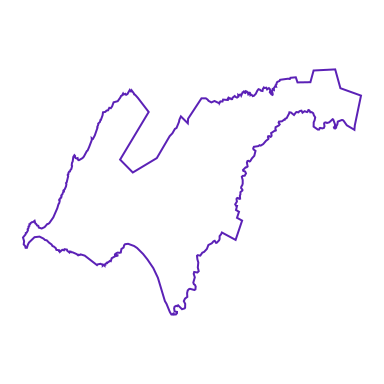 outline of Bahía de Banderas, Nayarit, Mexico
{"feature_id": "50627088B73050427186978", "entity_name": "Bahía de Banderas", "entity_type": "district", "adm_level": 2, "iso_a3": "MEX", "parent_name": "Mexico", "parent_adm1": "Nayarit", "projection": "equal_earth", "projection_center": [-105.326, 20.829], "detail": "fine", "context": "isolated", "style": "outline", "palette": "violet", "viewbox_px": 384, "rotation_deg": 0, "n_neighbors": 0, "source": "geoboundaries", "source_scale": "gbopen_adm2", "svg_char_len": 5892}
<svg xmlns="http://www.w3.org/2000/svg" viewBox="0 0 384 384"><path d="M285.2,118.7L286.6,118.2L289.1,113.5L289.4,112.3L290.9,112.5L294.0,115.0L296.0,112.3L296.7,112.0L298.4,112.4L299.5,111.2L301.1,110.7L301.5,110.7L302.5,112.7L304.6,111.2L307.1,112.1L307.8,111.5L308.3,110.1L308.7,110.0L309.6,110.7L310.3,112.3L311.6,112.1L313.2,113.2L313.9,115.3L315.2,117.4L314.6,120.3L313.7,122.3L313.6,126.6L317.9,129.6L319.2,129.5L319.7,128.1L320.2,127.9L322.4,128.4L323.9,127.9L324.5,126.3L324.1,123.7L324.5,122.7L325.8,122.4L327.0,123.0L329.3,122.3L332.6,119.2L333.2,119.5L335.0,124.4L334.9,126.6L333.9,127.3L334.3,128.3L335.2,128.5L336.1,127.7L336.3,126.2L337.3,124.5L337.8,121.6L341.8,120.0L342.8,120.1L343.7,120.9L346.8,125.3L354.4,129.8L354.8,125.4L361.0,95.6L340.4,88.2L335.2,69.4L313.6,70.5L310.4,82.2L297.5,82.4L295.8,77.3L290.4,77.8L290.1,78.8L289.5,79.0L288.1,78.7L280.1,79.8L279.5,81.0L277.3,81.9L276.5,83.4L276.5,84.3L275.6,85.2L276.1,86.7L275.0,86.6L273.8,88.2L273.9,89.9L272.6,89.2L272.1,91.2L272.4,92.6L272.0,92.5L272.7,94.6L272.5,94.9L271.5,94.4L269.8,92.2L270.3,90.7L269.8,89.0L268.9,88.1L267.1,89.4L266.3,87.7L264.1,88.1L263.8,87.6L262.9,88.9L262.5,91.0L261.1,90.8L259.8,89.6L258.5,89.2L257.3,90.7L255.8,93.8L253.9,95.8L252.7,96.1L252.4,95.4L251.3,94.8L250.4,95.2L250.4,93.9L249.9,92.8L249.4,92.7L248.9,94.0L248.3,94.4L247.8,92.5L246.9,91.6L246.1,91.3L246.1,91.9L245.4,93.0L244.6,92.7L244.8,91.6L243.8,91.4L243.3,92.3L242.6,92.3L241.2,95.6L240.7,94.5L239.3,94.8L238.9,95.6L238.2,95.0L238.2,96.8L237.0,97.6L235.4,96.8L234.7,96.0L232.6,97.7L232.2,99.1L231.3,99.2L230.4,98.4L229.5,98.7L229.2,98.0L228.5,97.6L227.7,99.0L228.2,99.1L227.9,100.0L223.1,99.6L222.5,101.5L220.4,101.4L219.5,103.0L219.4,102.4L218.7,103.0L214.5,101.0L211.4,102.4L208.5,100.8L207.6,99.6L205.8,98.3L201.5,98.3L188.1,118.7L187.8,123.3L180.9,116.4L179.4,119.7L179.0,121.9L176.5,128.0L174.9,128.9L172.4,133.3L169.7,136.1L156.8,158.1L132.8,172.5L120.1,159.6L148.7,112.0L137.8,97.8L135.3,95.0L134.2,94.4L134.3,94.0L131.8,90.6L131.6,91.4L131.0,91.5L129.8,89.9L127.4,94.1L126.1,94.8L125.3,93.8L123.7,94.5L123.1,93.5L122.0,95.5L121.3,95.6L121.0,95.2L121.1,95.7L120.4,97.4L117.7,101.2L113.6,102.3L112.1,106.4L110.8,108.2L109.3,107.8L108.1,110.3L106.5,110.6L105.3,111.9L103.0,112.3L102.6,115.2L100.9,119.9L100.5,119.9L99.9,122.0L98.2,123.6L98.3,124.6L97.2,127.1L97.5,127.6L94.8,135.4L92.9,139.0L92.4,139.1L91.7,138.4L91.8,140.0L89.1,147.1L87.6,150.5L86.8,151.1L83.8,156.7L82.5,158.1L79.1,160.1L78.4,160.1L77.9,159.4L77.6,158.1L76.6,158.5L75.7,158.1L75.0,157.2L75.1,156.0L74.4,155.2L73.3,156.9L72.7,161.4L72.0,162.9L71.7,165.3L72.1,165.9L71.3,169.1L70.6,169.7L69.9,171.5L69.2,171.6L68.5,172.7L68.4,174.2L67.8,174.5L67.7,175.2L68.2,176.1L66.7,182.3L66.0,183.1L66.4,184.1L66.0,186.4L64.7,189.3L63.5,190.4L64.0,191.1L63.9,191.6L63.4,191.6L62.8,192.7L62.3,192.5L62.7,192.8L62.6,193.9L61.3,195.4L61.6,196.0L61.3,197.3L60.9,197.3L60.5,197.8L60.5,198.5L59.5,199.2L59.1,200.0L59.7,200.5L59.7,201.1L59.1,203.4L58.5,204.1L57.3,208.2L53.3,217.4L49.3,223.1L48.2,223.9L47.3,224.0L44.6,227.1L41.7,228.5L38.8,227.6L38.3,225.8L37.1,225.5L36.2,224.0L35.3,223.4L34.6,220.8L33.0,222.1L32.1,222.1L30.5,223.2L30.2,224.0L29.4,224.2L29.4,225.9L28.5,226.5L28.6,227.8L27.6,229.2L28.0,230.0L27.7,230.8L26.6,232.7L25.8,233.0L25.8,233.8L25.4,234.6L23.0,237.5L24.1,241.2L23.7,244.4L25.2,246.1L25.6,247.8L26.9,247.8L27.9,244.6L29.0,242.5L34.5,237.2L39.5,236.6L43.5,238.6L45.0,240.0L46.7,240.3L49.1,242.7L51.6,244.5L52.5,246.1L53.6,246.4L55.7,248.1L56.4,249.9L58.9,250.2L59.0,250.9L59.5,250.7L59.9,251.9L62.3,249.8L64.0,250.3L64.5,249.2L66.9,249.6L67.2,250.7L69.4,252.5L69.8,251.5L70.8,251.6L71.2,252.2L72.6,252.3L76.7,254.1L78.1,255.3L78.8,254.7L79.8,255.0L80.6,254.4L84.7,255.6L97.0,265.1L97.6,264.4L100.6,263.8L101.9,264.5L102.6,264.4L103.0,264.8L102.9,265.6L103.8,264.9L104.6,265.7L104.7,264.7L105.4,264.7L105.4,264.0L106.6,263.0L107.1,263.1L107.3,262.4L108.4,262.2L109.8,260.9L110.8,261.2L111.7,258.2L115.3,256.2L117.5,255.7L117.7,254.3L117.3,255.6L116.1,255.9L115.9,255.3L115.7,255.9L115.1,256.1L114.9,254.6L115.4,253.8L117.0,253.0L117.3,253.5L117.2,252.8L117.7,252.6L119.6,252.8L120.8,252.5L121.4,249.0L123.6,247.5L124.1,245.3L125.1,244.2L128.1,243.8L134.1,246.0L137.1,248.0L143.1,254.0L147.4,259.4L153.3,268.1L157.9,277.8L164.9,301.1L166.5,303.8L169.9,312.1L171.4,314.5L173.1,314.6L172.8,313.9L173.4,313.5L174.1,314.2L175.8,314.5L177.0,313.2L177.0,311.9L174.6,311.5L174.1,308.4L174.6,306.7L176.2,305.8L177.2,306.2L178.1,305.3L182.0,309.2L184.6,308.4L185.1,307.7L185.2,303.9L183.8,301.1L185.0,298.6L187.3,296.9L187.1,293.1L187.7,290.5L188.9,289.2L190.0,288.8L194.4,290.0L195.4,289.4L195.7,286.6L195.0,285.0L193.9,284.2L193.3,282.6L194.8,277.3L193.7,273.9L194.2,272.0L197.4,272.5L198.7,271.2L197.8,267.5L198.3,262.5L197.4,259.3L197.0,255.8L197.7,255.2L200.3,255.6L202.3,252.7L204.1,251.9L206.9,248.9L208.4,245.0L211.8,243.3L213.5,241.3L214.7,240.8L216.1,242.9L216.8,242.7L219.1,240.3L219.6,239.0L219.6,236.1L221.0,234.4L221.9,232.5L235.6,239.9L242.1,220.6L237.0,217.8L239.0,211.8L236.0,210.0L237.0,206.0L236.2,206.0L235.2,204.3L236.9,201.6L236.5,199.0L236.8,198.3L237.8,197.9L239.3,198.9L240.1,198.7L239.9,195.4L240.4,194.5L240.4,192.2L242.4,190.5L242.4,189.7L241.1,188.0L241.3,186.7L242.3,185.1L242.7,183.6L242.7,180.1L241.8,176.8L242.7,175.9L244.7,175.7L246.0,173.4L245.1,171.5L243.3,170.9L243.0,170.0L245.7,167.3L246.6,167.3L247.6,166.5L246.9,162.5L247.5,161.0L248.4,160.8L249.6,161.5L250.2,161.2L251.9,158.4L254.3,155.8L255.5,150.9L253.5,149.4L253.2,148.3L253.9,146.8L258.4,146.1L259.5,145.2L260.7,145.6L263.2,144.1L266.0,140.8L268.3,139.1L268.5,138.4L267.9,137.1L268.2,136.2L269.2,136.1L270.6,136.9L271.3,136.4L271.6,135.3L271.1,133.1L274.9,130.6L275.6,130.7L275.9,130.2L275.4,128.9L275.6,127.2L278.9,125.4L279.7,124.4L278.6,122.7L279.0,121.6L282.0,121.3L284.1,119.7L284.7,119.8L285.2,118.7Z" fill="none" stroke="#5b21b6" stroke-width="2"/></svg>